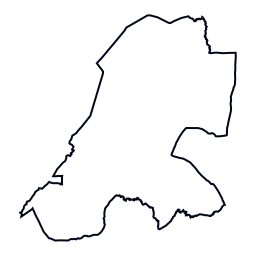 outline of Kilindi, Tanga, United Republic of Tanzania
{"feature_id": "72390352B98761165374808", "entity_name": "Kilindi", "entity_type": "district", "adm_level": 2, "iso_a3": "TZA", "parent_name": "United Republic of Tanzania", "parent_adm1": "Tanga", "projection": "mercator", "projection_center": [37.598, -5.503], "detail": "fine", "context": "isolated", "style": "outline", "palette": "ink", "viewbox_px": 256, "rotation_deg": 0, "n_neighbors": 0, "source": "geoboundaries", "source_scale": "gbopen_adm2", "svg_char_len": 5870}
<svg xmlns="http://www.w3.org/2000/svg" viewBox="0 0 256 256"><path d="M21.3,216.6L31.9,209.3L32.6,208.4L36.3,216.6L38.1,219.9L43.5,231.4L44.6,233.0L46.0,234.5L48.9,238.2L50.6,238.5L55.4,240.6L59.2,240.3L68.4,240.5L69.8,239.5L71.5,239.0L72.5,239.2L75.1,238.9L75.5,239.2L76.5,239.3L77.1,238.7L78.1,238.2L79.4,238.7L81.2,238.2L84.1,235.8L87.2,235.9L87.7,236.3L88.6,236.4L89.7,236.3L93.7,234.8L97.2,234.9L98.4,234.4L100.6,232.6L102.4,230.3L104.1,227.2L104.5,225.8L104.8,224.3L104.2,222.9L104.3,220.8L104.1,219.5L103.6,218.5L104.6,216.6L104.3,213.7L104.7,210.7L105.1,208.7L105.8,207.4L107.9,205.1L109.8,201.6L111.8,199.8L115.5,195.8L116.8,195.3L118.2,195.9L119.0,195.7L119.6,195.3L119.9,195.7L120.3,195.8L120.3,196.4L120.9,197.1L121.3,197.1L122.1,196.3L123.2,196.6L123.7,197.5L123.7,198.2L124.0,198.3L123.7,198.8L123.9,198.9L124.0,199.8L124.9,199.9L125.4,200.7L125.8,200.8L126.6,198.8L126.9,198.6L127.6,198.6L127.9,198.5L128.3,198.8L129.1,198.7L129.3,199.8L130.0,200.0L130.4,199.2L131.9,199.8L132.9,199.5L133.1,199.7L133.5,199.4L133.9,200.2L134.1,200.4L134.6,199.9L134.5,199.0L135.0,198.9L135.4,199.5L136.3,199.5L136.9,198.4L137.3,197.8L137.7,197.8L137.9,198.6L138.4,198.6L138.6,198.8L138.5,199.3L139.0,199.3L139.1,199.6L140.6,200.1L140.9,201.5L141.4,201.4L141.6,201.5L141.5,202.0L142.4,204.0L143.0,204.7L144.1,204.3L145.3,203.5L145.8,203.5L146.2,203.7L146.5,204.5L147.6,205.1L148.8,206.7L149.2,206.7L149.4,206.6L149.7,206.7L150.1,207.0L150.2,207.6L150.5,207.8L151.6,207.4L152.9,208.0L152.8,208.3L153.1,209.1L153.1,210.2L153.7,211.5L153.5,212.1L153.7,212.8L153.8,214.3L153.4,216.5L153.6,217.3L153.7,217.6L155.5,218.4L156.4,219.9L156.8,219.8L157.0,220.0L157.1,220.7L158.4,220.9L158.5,221.5L158.1,222.5L158.3,223.0L158.4,224.7L157.9,225.9L158.2,226.8L158.3,228.6L159.0,229.2L159.4,229.3L160.2,229.0L165.8,225.7L171.1,220.9L171.5,220.2L171.6,219.3L172.6,218.3L173.2,216.8L174.8,215.7L174.8,214.7L175.2,214.0L175.7,213.6L175.9,213.2L175.9,212.5L176.3,212.4L176.4,211.9L176.6,211.9L176.9,211.2L177.3,210.9L178.0,209.6L178.4,209.6L178.3,210.2L178.5,210.4L178.8,210.4L178.5,210.7L178.8,211.0L178.8,211.4L180.1,212.4L180.2,212.0L180.4,212.1L180.4,211.9L181.6,211.7L182.6,211.2L183.3,210.2L183.7,210.7L183.7,211.7L185.4,211.7L186.2,212.0L185.9,212.3L186.0,212.9L185.3,213.5L185.9,213.9L186.0,214.6L185.9,215.3L187.5,215.3L188.0,214.7L188.4,214.9L189.4,214.9L189.6,215.4L190.2,215.9L190.5,216.5L190.3,217.1L190.5,217.5L190.8,217.3L190.9,216.4L191.6,216.4L191.6,217.0L191.8,217.0L192.3,216.5L192.7,217.0L193.1,216.8L193.4,217.0L194.5,215.8L195.8,216.1L196.1,216.0L195.7,215.7L198.5,214.9L199.7,214.3L200.4,214.3L201.6,214.6L203.0,214.6L204.5,215.2L207.4,215.3L209.9,216.0L210.8,216.0L211.3,215.0L212.6,214.8L212.6,214.3L213.0,213.7L213.4,213.9L213.7,213.7L213.5,213.2L213.7,212.7L214.1,212.5L214.3,211.9L214.8,212.0L215.4,211.6L216.1,211.5L218.4,211.6L219.4,210.5L220.5,209.8L222.5,206.3L223.5,205.4L224.8,204.9L224.1,203.3L223.8,202.9L223.7,202.2L222.4,199.8L222.0,198.3L218.8,192.2L215.1,186.3L213.4,184.2L211.0,183.9L208.9,181.5L206.1,179.8L205.2,178.7L201.9,175.9L198.4,172.1L195.9,168.7L190.1,162.3L186.3,160.3L186.3,160.1L182.8,158.5L179.9,158.0L174.1,156.4L172.2,155.6L171.6,155.1L171.6,154.6L172.2,152.4L172.7,151.8L173.9,148.4L174.0,148.3L175.0,146.3L176.2,142.8L179.5,136.7L183.3,131.1L186.0,128.2L186.5,128.0L198.5,128.1L200.3,128.7L201.9,128.9L206.9,132.1L208.2,133.4L210.2,133.7L211.8,133.1L212.9,133.4L214.9,134.8L215.6,136.1L215.9,136.3L219.6,136.3L223.9,135.8L226.4,135.4L226.9,134.9L227.1,127.6L227.3,127.3L227.5,126.7L229.0,119.4L230.8,111.5L231.1,109.0L230.6,103.7L230.6,102.7L231.1,101.4L230.9,100.3L231.1,99.7L230.8,96.9L231.9,93.2L233.2,89.5L233.6,87.6L234.9,84.8L235.2,78.6L235.0,72.6L235.3,70.0L235.3,64.2L235.8,56.0L235.6,52.8L228.7,52.9L223.5,53.2L215.8,52.6L210.5,53.2L209.3,52.9L209.3,52.1L209.9,51.8L209.8,51.0L210.2,50.0L209.9,49.6L210.1,49.5L209.9,48.8L209.3,48.2L209.2,47.7L209.9,47.0L210.0,46.6L209.0,45.5L207.5,44.6L206.9,43.6L207.0,42.1L206.8,41.9L207.0,41.0L207.4,40.6L207.2,40.0L206.1,39.3L206.3,38.8L205.7,37.9L205.8,37.7L205.0,37.2L204.7,36.1L204.9,35.7L205.4,35.8L205.4,34.2L205.7,34.1L205.8,33.3L205.6,32.8L205.7,32.4L205.3,31.5L205.4,30.8L206.1,29.8L206.2,29.2L205.9,28.5L206.3,28.0L206.2,27.1L206.6,26.7L206.0,26.3L206.0,25.7L205.3,24.3L205.6,24.2L205.9,23.4L205.4,22.3L205.4,21.7L204.8,21.5L204.3,20.7L204.5,20.4L204.1,19.1L203.9,18.9L203.2,18.9L202.9,18.2L202.8,17.4L202.2,17.0L202.1,18.2L201.7,18.8L201.1,19.0L200.4,18.9L200.1,19.3L199.1,19.1L199.0,18.9L198.6,19.2L198.1,19.0L197.7,19.2L197.5,18.9L197.2,18.9L196.5,19.2L196.4,19.7L195.9,19.8L195.7,21.1L194.8,21.2L194.2,21.0L193.3,19.3L192.8,19.1L192.2,18.5L191.5,18.5L189.8,17.7L189.3,17.4L189.0,16.7L188.3,16.3L181.6,17.9L174.7,20.8L170.3,23.1L168.5,22.8L157.6,17.3L150.4,15.4L147.5,15.4L126.3,27.6L124.6,30.5L120.1,36.0L120.2,35.9L101.6,58.1L96.8,63.2L103.0,71.4L103.0,73.4L90.3,115.9L81.0,127.5L78.4,130.3L76.3,133.1L74.8,134.2L72.4,135.6L72.2,135.9L71.5,138.6L71.1,139.6L69.7,141.3L69.4,143.3L69.8,143.8L71.8,144.7L73.5,146.5L73.4,147.0L72.0,149.5L72.1,149.8L73.6,150.3L73.8,150.4L73.7,150.6L72.6,151.9L70.9,153.1L70.9,153.7L71.5,154.2L71.2,154.7L70.8,154.9L70.3,156.0L70.0,156.1L69.7,155.7L68.5,155.2L67.0,155.6L66.3,156.2L66.2,158.7L65.1,161.2L63.0,162.6L58.9,167.3L57.4,168.8L53.2,176.2L55.9,176.3L58.2,175.9L60.5,176.1L62.2,175.9L62.0,177.3L62.0,184.3L61.0,184.3L61.3,183.6L59.9,183.6L57.7,183.2L53.0,183.2L51.5,182.8L51.1,182.6L50.4,182.6L49.1,181.9L47.4,183.9L46.1,185.1L44.9,185.9L43.9,187.1L43.3,187.5L42.1,188.8L41.4,188.5L38.9,188.2L38.3,190.1L37.3,190.4L35.7,191.6L35.2,192.2L34.0,194.7L32.7,195.9L32.4,196.7L29.7,200.6L28.1,201.4L27.2,201.5L26.4,203.0L26.6,203.7L26.5,204.4L25.7,204.5L24.8,205.3L24.2,206.0L23.5,209.0L22.3,210.4L22.1,211.6L21.1,212.4L20.2,212.6L20.4,213.0L21.4,213.5L22.0,214.7L21.4,216.0L21.3,216.6Z" fill="none" stroke="#020617" stroke-width="2"/></svg>